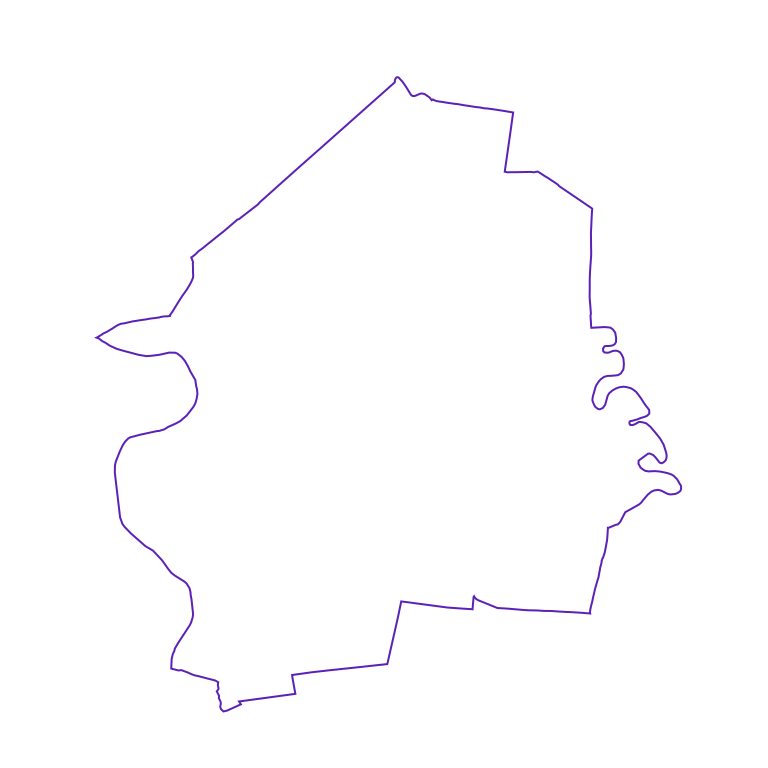 Cilibia, Buzau, Romania, rotated 262°
{"feature_id": "2599482B67020299578816", "entity_name": "Cilibia", "entity_type": "district", "adm_level": 2, "iso_a3": "ROU", "parent_name": "Romania", "parent_adm1": "Buzau", "projection": "equal_earth", "projection_center": [27.05, 45.044], "detail": "fine", "context": "isolated", "style": "outline", "palette": "violet", "viewbox_px": 768, "rotation_deg": 262, "n_neighbors": 0, "source": "geoboundaries", "source_scale": "gbopen_adm2", "svg_char_len": 5939}
<svg xmlns="http://www.w3.org/2000/svg" viewBox="0 0 768 768"><g transform="rotate(262 384 384)"><path d="M634.9,549.7L637.5,541.5L640.0,533.3L642.4,525.0L642.9,522.3L643.3,520.9L644.5,517.5L645.6,513.1L647.9,505.6L648.7,502.7L649.5,500.3L650.6,496.9L651.3,494.5L651.5,493.2L652.2,491.1L652.8,488.9L654.4,483.5L655.4,480.4L655.6,479.6L656.1,477.8L656.7,476.0L657.1,475.0L657.8,473.6L658.5,472.6L659.0,472.1L658.4,470.7L661.3,469.1L665.2,464.9L665.9,463.6L666.3,462.3L666.5,461.0L666.4,460.2L665.7,457.4L665.2,455.8L664.9,454.0L665.2,452.7L665.7,451.7L666.7,450.9L668.8,450.0L675.6,447.0L680.9,444.3L685.5,441.1L685.7,440.7L685.9,439.8L685.8,438.9L685.2,438.2L683.5,437.1L681.2,436.6L623.5,349.7L612.7,333.3L581.2,286.2L579.3,284.1L570.2,268.1L567.4,263.2L567.3,261.8L561.2,252.4L559.9,250.3L558.5,248.1L556.8,245.4L554.9,242.0L549.6,233.2L546.8,228.4L545.3,226.0L543.8,223.5L542.5,221.1L541.6,219.2L538.4,214.9L537.0,212.5L536.2,210.8L535.2,211.0L531.7,211.8L530.7,211.8L530.2,211.5L529.5,211.4L527.3,211.2L525.6,211.0L521.4,210.4L518.4,210.2L516.7,209.9L515.5,209.5L511.7,207.2L509.6,205.6L505.4,202.3L502.1,199.2L500.2,197.4L499.1,196.3L497.8,195.2L496.4,194.0L493.1,191.2L489.5,188.2L486.3,185.6L483.8,183.4L482.3,181.8L481.2,181.7L481.2,178.3L481.3,177.9L481.5,176.2L481.5,172.0L481.2,171.1L481.2,168.8L481.2,165.8L481.3,161.8L481.1,156.7L481.1,154.5L481.1,150.1L481.0,147.3L481.0,144.5L481.0,143.4L480.8,142.3L480.7,140.9L480.5,138.1L480.2,135.4L480.3,134.2L480.2,131.5L479.8,130.1L479.4,128.6L478.0,125.4L476.9,123.1L474.4,117.3L473.6,114.8L473.1,113.1L472.3,111.6L470.5,107.5L469.9,105.8L468.8,107.9L465.4,111.3L463.6,113.9L460.1,117.8L456.1,124.1L453.4,130.0L446.9,145.4L444.6,152.9L444.3,158.2L444.2,165.8L445.0,175.6L444.0,181.7L442.8,183.7L439.0,187.3L434.7,190.0L429.2,192.2L423.1,194.1L414.3,197.7L408.7,197.7L405.0,198.1L400.3,197.9L395.4,196.4L391.0,194.4L387.8,192.0L380.3,184.3L375.6,177.0L373.8,172.2L371.4,163.9L369.7,160.2L368.8,154.8L369.0,153.0L367.7,135.4L366.5,125.4L365.7,123.2L363.1,119.8L359.8,116.8L354.3,113.2L344.3,107.5L340.5,106.2L333.9,105.1L288.7,104.1L282.1,105.4L278.5,107.3L271.1,112.7L256.7,125.1L251.1,132.1L240.3,139.7L231.0,144.5L226.6,147.1L223.5,150.1L215.8,159.2L213.8,160.8L208.8,163.0L204.7,163.4L201.7,163.2L197.4,163.4L182.3,162.9L179.2,161.9L174.5,159.7L171.7,157.7L156.2,144.1L150.9,139.9L149.2,139.4L145.8,137.2L141.0,135.4L133.9,134.1L131.8,133.7L128.9,140.7L128.9,143.4L128.3,144.6L126.7,147.5L125.4,150.0L123.8,152.3L121.8,156.0L121.1,158.1L119.1,163.0L117.0,168.0L114.0,175.4L111.8,178.3L108.4,177.5L105.7,177.8L104.5,177.3L102.9,175.6L98.1,177.3L96.0,176.7L92.5,177.9L90.0,177.9L87.3,176.9L84.8,177.3L82.1,179.4L82.4,183.1L86.7,197.7L89.8,196.3L89.5,253.1L104.8,252.5L108.6,252.5L108.6,272.0L108.1,290.2L107.2,316.3L106.2,348.3L128.3,356.7L140.9,361.5L151.8,365.6L165.2,370.4L166.3,370.8L153.8,415.8L150.8,429.8L148.7,440.0L148.6,440.3L160.7,443.1L161.2,443.6L160.8,443.7L158.5,445.1L156.7,447.3L146.4,465.1L145.2,471.1L144.3,475.4L144.0,476.8L142.9,481.5L142.0,485.5L141.0,489.9L139.9,495.0L138.6,503.1L138.4,504.3L137.0,511.0L136.9,511.8L135.9,518.3L134.0,527.2L133.9,527.9L133.4,530.2L133.1,531.8L132.9,532.6L132.8,533.2L132.7,534.1L132.3,536.1L132.0,537.7L131.8,538.8L130.9,543.1L130.3,546.2L130.1,547.0L129.8,548.4L128.8,552.8L128.5,554.4L128.2,555.5L128.0,556.2L128.4,556.2L129.6,556.3L132.0,556.9L133.3,557.4L136.4,558.6L139.8,560.0L142.9,561.1L152.0,564.6L160.5,568.4L162.4,569.4L168.3,571.3L169.2,571.7L171.5,572.3L175.9,574.2L176.5,574.4L178.7,575.0L181.3,576.3L181.4,576.7L186.1,579.0L189.7,580.3L197.2,582.8L198.8,583.3L204.3,584.5L209.2,585.5L210.5,585.7L210.4,586.5L210.5,587.1L212.2,593.5L212.5,596.1L214.5,598.7L223.5,605.1L227.9,616.5L229.2,619.8L230.7,622.1L233.5,625.0L237.8,629.9L240.1,633.7L241.0,636.6L241.0,640.9L239.7,643.9L236.0,649.1L235.0,651.3L234.7,652.8L234.6,657.4L235.5,660.3L236.8,662.5L238.2,663.4L240.6,663.9L242.4,663.8L244.0,662.9L245.8,662.3L248.9,661.0L252.7,658.1L254.3,656.2L256.1,652.8L257.3,649.7L259.0,644.8L260.1,639.8L260.6,633.9L261.6,630.7L263.1,628.8L265.4,626.5L269.6,624.9L272.7,625.5L278.3,635.9L278.1,637.5L276.3,640.6L273.8,642.5L267.8,646.0L266.9,647.7L267.4,649.7L268.9,652.0L271.1,653.3L273.6,653.9L276.6,653.9L284.9,652.5L289.2,650.8L291.6,649.8L297.7,646.2L304.5,641.9L308.6,638.2L310.1,634.7L311.0,631.4L309.5,627.6L308.7,624.8L309.1,622.3L310.3,621.6L312.0,621.7L313.0,622.7L313.0,624.8L313.5,628.3L313.7,630.0L314.6,633.4L315.2,637.6L316.0,640.3L317.8,642.6L321.2,643.0L323.1,642.1L325.3,640.7L328.4,639.1L333.4,636.8L337.3,634.8L341.1,632.6L344.0,629.7L345.6,627.6L347.4,623.2L348.0,620.7L348.0,616.6L347.3,613.0L345.7,609.1L343.4,605.6L341.1,603.8L337.4,602.2L332.8,600.2L329.8,597.4L328.9,594.1L329.7,592.2L332.0,590.0L334.1,589.2L337.4,588.3L339.1,588.1L342.4,589.0L351.9,593.2L353.4,594.2L356.9,597.3L358.5,599.3L360.4,602.8L360.9,606.5L360.5,610.0L360.3,613.5L360.2,617.0L361.5,620.0L365.0,623.0L367.8,623.8L370.9,624.4L376.2,624.6L379.7,623.6L382.5,622.2L384.0,620.2L384.7,618.5L384.9,615.2L384.0,611.8L383.8,610.0L384.5,606.8L385.9,605.7L388.4,605.7L389.3,606.5L390.7,607.6L390.7,609.4L390.3,612.0L390.4,616.0L391.3,618.0L393.3,619.6L397.5,620.3L402.7,620.1L406.1,618.3L408.2,616.2L408.6,615.0L409.2,612.5L409.7,610.2L410.4,601.9L410.8,597.1L413.2,597.2L417.4,597.6L419.6,597.7L422.9,598.0L425.0,598.7L441.4,599.7L446.5,600.5L459.0,602.3L464.1,603.2L470.6,604.5L481.4,606.8L482.2,607.0L487.8,607.8L489.3,607.9L492.0,608.3L497.5,609.0L502.8,609.7L505.1,610.0L510.2,611.0L520.5,612.9L525.0,613.8L528.6,614.6L529.3,614.0L531.9,611.1L553.8,586.9L555.0,585.6L555.8,584.8L556.7,584.3L557.3,583.8L558.0,583.1L561.1,579.7L561.7,578.9L564.0,576.4L565.3,574.9L566.6,573.3L567.3,572.4L569.2,570.2L569.9,569.4L571.5,567.6L572.2,566.8L573.0,565.7L572.8,562.0L573.6,558.8L575.2,545.7L575.3,544.9L576.5,535.7L577.4,533.1L612.9,543.4L619.5,545.3L631.5,548.7L634.9,549.7Z" fill="none" stroke="#5b21b6" stroke-width="2"/></g></svg>